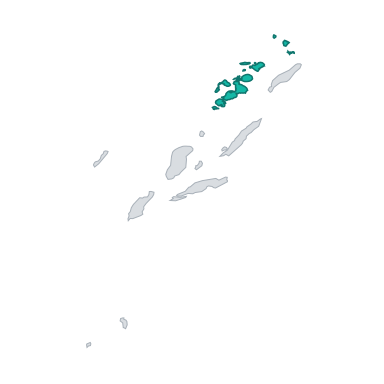 Western highlighted on a map of Solomon Islands, rotated 94°
{"feature_id": "SLB-3507", "entity_name": "Western", "entity_type": "Province", "adm_level": 1, "iso_a3": "SLB", "parent_name": "Solomon Islands", "parent_adm1": "", "projection": "equal_earth", "projection_center": [157.155, -7.826], "detail": "fine", "context": "in_parent", "style": "filled", "palette": "teal", "viewbox_px": 384, "rotation_deg": 94, "n_neighbors": 0, "source": "natural_earth", "source_scale": "10m", "svg_char_len": 9213}
<svg xmlns="http://www.w3.org/2000/svg" viewBox="0 0 384 384"><g transform="rotate(94 192 192)"><path d="M150.7,194.2L157.0,200.4L159.7,199.8L167.9,199.9L172.8,204.3L175.6,206.3L177.2,210.3L179.2,211.2L180.4,213.2L181.1,216.8L178.1,218.8L176.2,219.4L171.5,218.1L166.9,215.2L157.8,214.9L153.6,214.1L152.1,213.0L150.8,211.6L148.7,208.2L147.0,204.2L146.7,201.8L146.6,197.3L147.1,195.7L148.9,194.0L150.7,194.2ZM179.3,157.4L186.4,168.8L186.1,170.9L185.1,172.2L184.8,176.0L185.7,177.5L187.6,178.2L190.9,182.3L192.3,188.8L193.7,191.1L193.7,195.9L196.8,202.5L197.0,205.7L196.7,207.2L195.5,206.4L191.8,198.8L187.5,195.6L187.0,194.1L182.7,189.7L179.9,182.3L176.8,169.2L178.3,166.0L174.8,159.6L174.9,157.9L177.5,158.2L178.0,157.5L179.3,157.4ZM153.6,163.1L154.5,166.7L150.7,163.5L147.8,159.6L139.5,155.3L137.7,153.1L136.2,152.8L132.0,149.3L127.8,146.9L124.6,142.5L123.1,141.7L120.4,138.3L117.9,136.0L117.0,131.9L114.5,129.0L113.9,127.8L121.8,130.1L125.5,134.6L128.6,137.2L129.7,139.0L132.5,141.6L135.1,141.8L137.6,144.4L139.9,145.1L141.7,146.4L153.4,157.9L152.0,160.9L153.6,163.1ZM206.5,236.9L210.1,239.2L212.2,238.8L215.3,240.4L217.6,239.5L219.1,241.5L222.7,249.3L222.7,251.8L225.1,253.6L223.1,254.0L220.3,253.1L218.0,253.7L215.8,252.2L211.9,251.4L208.5,249.6L201.4,243.8L201.5,240.9L200.4,239.5L200.0,236.0L197.5,234.8L194.5,234.6L194.3,232.9L194.9,229.9L197.1,230.0L199.7,231.2L206.5,236.9ZM86.2,119.5L87.1,120.9L84.9,123.2L82.0,121.9L81.3,120.0L79.2,120.4L75.2,119.3L69.5,113.8L63.6,103.4L57.8,97.6L56.8,95.9L56.6,92.9L57.4,91.8L61.0,93.0L65.6,97.7L73.1,102.7L75.2,105.2L76.5,111.2L77.8,113.0L81.9,117.6L86.2,119.5ZM94.1,154.6L95.9,157.8L97.9,164.8L97.5,167.2L96.1,167.3L95.7,168.8L93.7,165.4L91.0,164.5L89.1,162.4L88.2,155.7L86.7,155.2L82.3,155.9L80.9,158.1L78.9,157.4L78.5,155.4L78.8,153.4L81.5,151.5L82.0,149.0L84.7,144.7L86.3,144.0L89.4,145.5L89.8,151.6L90.9,153.6L94.1,154.6ZM173.9,290.9L171.9,292.2L170.1,291.6L168.7,290.6L167.6,287.6L165.2,285.8L161.8,285.0L160.0,283.2L157.6,282.6L157.0,281.0L157.2,279.3L157.5,278.5L159.7,279.3L170.3,287.0L173.9,290.9ZM63.4,142.3L62.8,142.9L61.9,140.8L61.2,140.1L61.2,137.8L58.3,134.1L58.1,131.5L59.7,128.9L62.0,130.4L64.2,133.6L66.8,134.6L66.3,136.8L63.9,140.6L63.4,142.3ZM77.7,148.4L76.6,150.0L73.5,149.8L71.1,145.8L71.1,142.9L73.0,140.2L75.2,139.7L76.4,140.8L77.6,143.0L78.0,145.9L77.7,148.4ZM103.9,171.6L101.1,174.6L99.0,173.6L97.4,171.0L98.2,167.0L99.9,166.2L100.8,164.8L103.8,165.9L104.6,166.7L102.8,168.6L103.8,170.1L103.9,171.6ZM332.1,251.1L327.4,252.0L325.6,254.7L323.2,254.4L322.4,252.2L322.4,251.1L323.7,251.2L324.4,249.0L325.8,247.9L329.1,247.4L333.0,248.7L332.0,250.7L332.1,251.1ZM201.9,207.7L202.0,213.3L199.9,210.3L198.9,211.3L197.9,209.9L198.2,203.4L196.7,197.3L197.9,197.9L201.9,207.7ZM83.4,172.7L83.4,173.3L81.8,172.2L78.3,167.0L79.0,165.3L82.1,161.9L83.1,161.5L84.0,163.6L83.2,166.6L82.2,167.4L81.8,170.3L83.4,172.7ZM162.6,183.6L165.1,184.0L169.5,189.1L168.4,190.7L166.4,189.9L165.7,190.2L165.1,188.5L162.8,187.0L160.8,186.8L160.6,185.0L162.6,183.6ZM134.7,188.5L131.3,187.9L130.4,186.6L131.5,184.7L133.0,183.5L134.3,184.6L135.8,184.9L136.0,187.3L134.7,188.5ZM39.1,110.6L36.2,111.5L34.5,110.2L35.3,107.3L36.2,105.8L39.8,108.5L39.1,110.6ZM149.0,164.8L147.6,165.3L145.6,163.9L144.7,162.6L145.2,160.6L146.3,159.9L147.7,161.2L147.8,162.6L149.0,164.8ZM354.4,285.9L351.8,286.5L350.9,286.3L349.2,283.0L350.5,282.3L352.3,282.6L352.8,284.5L354.4,285.9ZM90.7,174.5L90.6,175.8L89.0,175.4L85.3,173.4L85.2,172.4L87.3,172.1L88.8,172.3L90.7,174.5ZM61.2,149.0L60.6,152.8L59.1,148.1L59.5,144.2L60.0,143.7L61.2,149.0ZM108.0,175.9L105.9,177.0L105.2,175.5L106.8,171.4L108.0,175.9Z" fill="#d9dde1" stroke="#a8b0b8" stroke-width="1"/><path d="M95.0,166.9L95.4,167.2L95.7,167.7L95.8,168.3L95.6,169.0L95.4,169.0L95.4,168.4L95.2,168.0L94.8,167.6L94.7,167.0L94.5,166.5L93.8,165.6L93.1,165.1L91.5,164.9L90.8,164.4L89.6,163.3L88.8,162.1L88.7,161.5L88.4,160.1L88.4,157.7L88.6,158.2L88.7,158.6L88.8,159.7L88.9,160.2L89.6,160.4L89.8,161.1L90.0,161.1L90.2,160.7L90.3,160.2L90.2,159.8L89.5,159.0L89.2,157.7L88.9,156.8L88.5,155.9L88.0,155.3L87.6,155.2L87.1,155.5L86.6,155.6L86.2,155.2L85.9,155.6L85.6,155.4L85.3,155.4L84.5,155.9L83.5,155.9L82.5,155.8L82.1,155.9L81.9,156.4L81.7,157.1L81.4,157.8L80.8,158.3L80.3,158.1L79.3,157.4L78.8,157.5L78.6,153.9L78.7,153.7L79.1,152.9L79.3,152.7L80.0,152.7L80.3,152.5L80.6,152.2L80.7,152.7L80.9,152.8L81.1,152.7L81.3,152.4L81.4,152.1L81.4,151.3L81.5,150.9L81.4,150.4L81.6,149.9L82.5,148.3L82.9,147.0L83.2,146.5L84.4,144.9L84.9,144.5L86.6,143.7L86.7,144.0L86.8,144.0L88.8,145.5L89.6,145.6L89.4,146.3L89.7,147.8L89.7,149.3L89.8,150.0L90.0,150.6L89.7,151.3L89.8,151.8L90.4,152.6L90.7,153.2L90.5,154.1L90.5,154.6L90.7,154.3L91.1,154.5L91.3,154.6L91.8,154.2L92.7,153.9L93.1,153.9L93.6,154.1L94.5,155.0L94.7,155.6L94.8,156.4L95.2,157.0L95.9,157.7L96.2,158.3L96.2,159.2L96.2,159.6L96.4,159.9L97.0,160.6L97.2,161.3L97.4,162.6L97.6,163.3L98.1,163.5L98.2,163.8L98.2,164.2L97.4,166.0L97.4,166.8L97.6,167.7L95.8,166.8L95.0,166.7L95.0,166.9ZM66.8,134.5L67.0,135.1L66.5,136.3L65.5,138.2L65.0,138.8L64.3,139.8L63.8,140.9L64.0,141.8L64.3,142.3L64.3,142.7L64.1,143.0L63.7,143.2L63.4,142.8L63.1,142.7L62.7,143.0L62.5,142.2L62.6,141.4L62.5,140.8L61.2,140.3L61.1,139.7L61.4,138.1L61.3,137.8L60.6,137.2L60.2,136.1L60.0,135.8L59.5,135.6L59.3,135.5L59.3,135.3L59.0,134.4L58.8,134.3L58.4,134.5L57.9,132.8L58.1,131.1L58.9,129.6L60.0,128.7L60.7,129.0L60.9,129.0L61.2,128.7L61.4,129.3L61.8,129.8L61.8,130.0L61.8,130.3L62.3,130.3L62.4,130.5L62.4,131.0L63.0,131.5L63.3,132.4L63.6,132.7L64.1,132.9L63.9,133.2L64.3,133.8L65.0,133.4L65.6,133.8L66.2,134.3L66.8,134.5ZM75.3,150.1L73.8,150.3L72.3,148.6L71.2,146.4L70.8,144.5L70.9,143.6L71.2,142.7L72.0,141.0L72.3,140.5L73.2,140.0L74.2,139.7L74.9,139.5L76.2,140.5L77.1,141.8L77.7,143.5L78.0,145.3L78.1,147.2L78.0,147.8L77.5,149.4L77.1,150.5L76.5,151.0L75.9,150.1L75.5,150.2L75.3,150.1ZM102.4,165.6L103.0,165.4L103.8,165.4L104.4,165.7L104.6,166.3L104.7,167.1L104.6,167.4L104.4,167.7L104.1,167.8L103.5,167.8L103.4,168.1L102.7,168.5L102.7,168.8L102.8,169.0L103.4,169.1L103.6,169.3L103.9,169.1L104.2,169.0L103.8,169.7L103.4,170.1L104.1,171.0L103.8,171.9L102.7,173.2L102.2,174.2L101.9,174.4L101.4,174.5L101.2,174.7L100.8,174.8L99.6,174.4L99.3,174.2L99.3,173.9L99.1,173.7L98.8,173.5L98.3,172.7L97.4,171.5L97.4,169.6L97.6,168.2L98.0,167.5L98.0,166.9L98.7,167.5L99.0,167.6L99.1,166.9L99.3,167.0L99.5,167.5L99.8,167.0L99.5,166.2L99.5,165.6L99.7,165.3L100.9,164.8L101.1,164.6L101.3,164.8L101.3,165.1L101.1,165.3L101.0,165.6L101.0,165.9L101.2,166.3L101.6,166.5L101.9,166.3L102.4,165.6ZM82.8,167.5L82.1,167.3L81.9,167.5L81.9,168.5L81.7,169.6L81.7,170.2L81.8,170.8L82.9,172.2L83.4,172.8L84.1,173.0L83.6,173.4L83.1,173.3L82.6,173.2L82.2,172.9L81.9,172.4L81.2,172.1L81.2,170.9L80.2,169.1L79.9,168.8L79.4,168.6L78.8,168.1L78.2,167.5L78.0,167.0L78.1,166.5L78.3,166.0L78.5,165.6L78.8,165.3L79.6,164.8L80.0,164.4L80.5,162.9L81.3,161.9L82.2,161.2L82.7,161.2L83.2,161.6L83.7,162.4L84.0,163.3L84.1,164.4L83.6,165.3L83.3,166.6L83.0,167.3L82.8,167.5ZM38.4,107.6L39.5,108.0L39.9,108.7L39.9,109.2L39.7,109.7L39.6,110.4L39.4,110.6L38.9,110.8L38.4,110.9L38.1,110.8L37.6,111.4L36.6,111.3L36.1,111.6L35.8,111.4L35.3,110.8L34.5,110.5L34.3,110.3L34.4,109.7L35.1,107.6L35.4,107.8L35.6,106.5L36.1,106.3L36.0,106.0L36.1,105.5L36.5,105.7L37.5,106.8L38.4,107.6ZM61.0,146.9L61.3,149.6L61.2,150.1L61.4,150.9L61.3,151.9L61.0,152.6L60.5,153.0L60.2,152.5L59.5,149.7L59.1,148.8L59.0,148.0L59.2,146.1L58.9,144.2L58.9,143.3L59.4,143.0L59.8,143.5L60.2,144.0L60.5,145.3L60.9,146.2L61.0,146.9ZM89.6,173.4L90.4,173.9L90.8,174.7L90.8,175.5L90.0,175.9L88.8,175.1L87.4,174.6L85.9,173.7L85.2,173.0L85.3,172.5L86.8,172.7L87.2,172.5L87.4,172.7L87.6,172.2L88.0,171.9L88.2,172.0L88.7,172.5L89.1,172.6L89.6,173.4ZM107.3,175.1L108.1,175.5L108.0,176.1L107.9,176.4L107.2,176.6L106.6,177.2L106.2,177.5L105.6,176.3L105.5,176.1L105.2,175.9L105.2,175.4L105.4,174.4L105.5,174.1L106.4,173.2L106.6,172.5L106.8,171.4L107.0,171.4L107.0,172.2L107.2,172.8L107.4,173.7L107.5,174.5L107.3,175.1ZM47.1,103.7L48.0,104.2L47.8,104.4L47.5,104.5L47.2,104.4L46.9,104.2L46.7,105.4L46.4,105.9L46.1,106.3L45.9,105.5L45.7,105.8L45.5,106.0L45.2,106.1L44.9,106.1L45.8,105.1L45.9,104.8L45.6,104.3L45.5,103.9L45.6,103.4L45.7,103.2L46.2,103.0L46.0,102.8L45.7,102.6L45.3,101.9L45.0,101.1L45.1,100.3L45.9,99.7L46.5,99.7L46.5,100.0L46.1,100.1L45.8,100.4L45.6,100.8L45.5,101.4L45.8,101.7L46.6,102.1L46.5,102.6L47.1,103.7ZM78.2,156.4L78.0,155.9L77.7,155.8L77.2,155.6L76.8,154.3L76.6,153.6L76.3,153.0L75.8,152.5L75.3,152.2L75.5,151.9L75.2,151.9L75.1,151.4L75.8,151.7L76.4,151.7L77.1,151.7L77.6,152.4L77.9,153.2L78.1,154.2L78.2,155.3L78.2,156.4ZM31.4,119.2L31.9,119.6L32.8,120.8L32.2,121.6L31.6,121.7L30.1,121.6L29.6,121.3L29.8,120.6L30.6,119.2L30.8,119.3L31.4,119.2ZM75.9,155.9L76.0,157.1L76.2,157.7L76.6,158.0L76.6,158.3L75.8,157.6L75.4,156.2L74.9,154.9L73.7,154.6L74.1,154.0L73.6,153.8L73.1,153.2L72.9,152.7L73.3,152.4L73.7,152.9L74.4,152.9L75.2,153.1L75.5,153.9L75.5,154.4L75.9,155.9ZM66.9,147.4L67.0,148.1L67.3,148.0L67.7,149.6L67.0,149.6L66.2,148.6L66.3,147.4L66.9,147.4ZM59.3,137.3L59.7,137.7L59.6,138.3L59.0,138.7L58.5,138.3L58.5,138.0L58.7,137.6L59.0,137.3L59.3,137.3Z" fill="#14b8a6" stroke="#0f766e" stroke-width="1.5"/></g></svg>